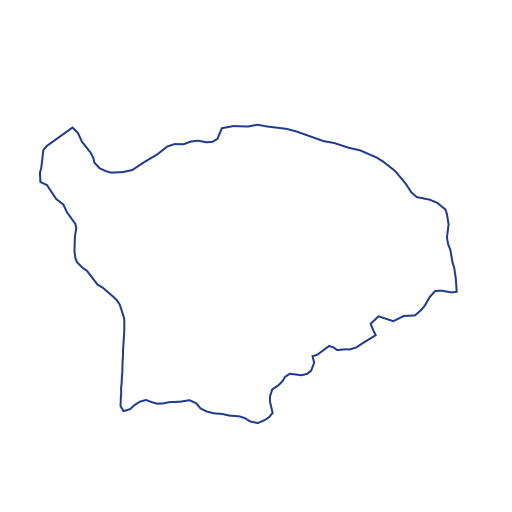 São Simão, Goiás, Brazil, rotated 258°
{"feature_id": "56859067B52183336180672", "entity_name": "São Simão", "entity_type": "district", "adm_level": 2, "iso_a3": "BRA", "parent_name": "Brazil", "parent_adm1": "Goiás", "projection": "robinson", "projection_center": [-50.604, -19.016], "detail": "fine", "context": "isolated", "style": "outline", "palette": "blue", "viewbox_px": 512, "rotation_deg": 258, "n_neighbors": 0, "source": "geoboundaries", "source_scale": "gbopen_adm2", "svg_char_len": 1898}
<svg xmlns="http://www.w3.org/2000/svg" viewBox="0 0 512 512"><g transform="rotate(258 256 256)"><path d="M419.8,103.2L407.3,74.6L403.8,70.0L386.6,64.2L382.5,62.0L373.2,60.5L368.8,66.3L353.3,72.4L346.3,78.3L338.0,80.2L324.9,86.0L320.7,86.0L312.6,82.9L298.4,79.4L291.5,78.9L287.2,79.6L280.5,83.9L276.7,87.5L261.0,95.0L256.9,99.5L245.3,108.3L241.4,110.8L236.8,112.6L230.4,113.3L222.1,114.1L215.6,112.8L208.3,111.1L191.3,106.3L187.4,105.5L182.1,104.0L177.1,102.7L171.0,101.3L164.9,99.5L160.4,98.4L154.7,96.5L150.2,95.7L146.2,94.5L137.4,92.3L131.8,94.2L132.4,101.0L135.5,106.3L137.7,112.2L138.0,118.6L134.5,123.9L132.0,128.9L131.1,134.5L131.1,140.5L130.1,146.4L129.2,152.1L128.8,160.9L124.3,166.9L118.5,170.0L114.4,175.0L110.9,182.0L108.5,190.1L105.4,196.8L103.9,202.1L102.5,206.6L99.6,211.6L95.3,216.0L92.2,223.0L93.8,230.8L95.7,235.4L99.0,239.6L110.8,239.4L115.5,240.4L122.2,244.2L124.9,251.1L128.3,256.2L131.7,259.2L133.8,264.6L129.9,275.7L130.1,281.6L132.4,286.1L139.5,290.7L146.2,290.5L146.7,295.5L152.8,308.8L150.4,312.9L147.1,315.8L146.2,323.7L145.1,328.9L145.8,335.4L148.3,341.5L153.7,356.6L158.9,355.3L165.9,354.1L171.5,363.4L163.7,376.7L166.6,388.1L164.8,399.1L169.0,406.6L172.5,410.9L179.7,417.3L184.5,424.0L183.6,430.0L179.7,439.8L179.3,444.9L192.2,446.7L202.7,447.4L209.6,446.9L221.7,447.4L227.2,446.4L234.4,446.6L246.7,450.9L257.1,451.5L262.2,450.9L270.4,444.2L275.0,437.6L280.2,425.5L285.7,421.3L296.2,417.2L310.4,409.6L321.8,400.1L327.3,394.4L337.7,379.8L342.4,369.5L350.2,356.1L354.4,345.8L369.4,321.4L374.1,312.1L380.4,293.7L384.1,284.7L384.3,275.1L387.8,260.8L388.1,249.2L378.6,242.6L376.7,237.1L377.6,230.9L380.8,223.5L381.5,216.4L380.4,208.2L382.4,199.7L381.5,191.8L376.1,181.0L370.9,165.7L365.8,152.8L365.8,142.8L367.7,131.5L370.1,126.9L374.4,121.2L381.1,117.3L385.7,117.3L391.7,115.6L403.8,109.6L413.5,107.3L419.8,103.2Z" fill="none" stroke="#1e3a8a" stroke-width="2"/></g></svg>